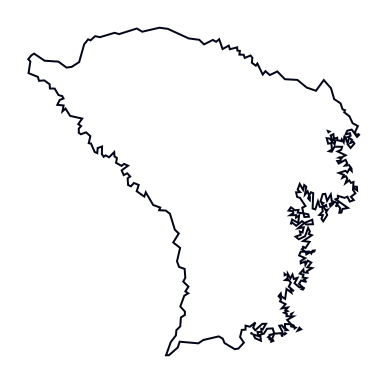 outline of Maracaju, Mato Grosso do Sul, Brazil, rotated 181°
{"feature_id": "56859067B1064226501781", "entity_name": "Maracaju", "entity_type": "district", "adm_level": 2, "iso_a3": "BRA", "parent_name": "Brazil", "parent_adm1": "Mato Grosso do Sul", "projection": "orthographic", "projection_center": [-55.512, -21.462], "detail": "fine", "context": "isolated", "style": "outline", "palette": "ink", "viewbox_px": 384, "rotation_deg": 181, "n_neighbors": 0, "source": "geoboundaries", "source_scale": "gbopen_adm2", "svg_char_len": 5749}
<svg xmlns="http://www.w3.org/2000/svg" viewBox="0 0 384 384"><g transform="rotate(181 192 192)"><path d="M142.8,36.3L137.5,42.3L141.4,47.8L139.8,55.0L136.1,55.3L136.1,59.3L131.7,58.3L126.3,62.7L128.5,57.4L126.4,54.9L119.4,61.4L115.7,61.5L118.9,55.9L120.4,56.4L119.9,53.0L124.1,53.3L123.0,49.1L128.2,50.6L126.3,46.9L120.5,44.5L121.3,50.4L117.6,51.7L114.6,56.6L108.9,57.0L107.3,51.7L100.7,52.4L99.2,48.9L99.2,54.1L102.4,59.8L99.9,60.2L96.5,56.5L96.8,61.6L90.7,61.5L94.6,65.8L88.5,69.4L95.3,69.5L95.0,71.6L97.8,72.9L94.4,74.5L96.6,75.5L94.2,78.2L100.2,77.2L96.5,81.5L102.1,84.2L101.0,86.5L103.6,89.4L101.5,92.1L101.0,89.3L97.0,86.8L95.8,96.7L90.8,93.0L91.5,96.0L88.4,94.7L93.6,99.1L91.6,103.1L95.0,106.9L94.9,112.0L92.1,107.2L90.1,111.2L88.7,106.8L85.1,108.0L87.9,102.6L83.0,98.5L79.8,98.7L83.4,102.0L81.4,105.4L76.0,104.0L78.5,106.3L76.1,107.9L79.9,108.5L79.1,111.1L82.8,112.3L79.3,116.4L78.8,113.6L75.0,113.3L75.6,114.9L70.6,118.0L75.3,118.7L71.5,123.5L75.2,125.4L77.3,121.1L77.8,124.4L82.0,122.6L82.2,124.8L77.7,127.8L83.8,130.4L82.3,134.2L77.4,134.2L81.1,136.7L79.4,138.1L80.7,139.6L77.5,138.0L73.6,144.2L80.0,144.9L71.4,150.9L74.5,152.0L73.5,154.8L75.3,158.1L78.2,149.7L84.4,146.6L87.7,149.2L82.6,151.1L83.4,154.4L80.8,153.4L79.7,158.7L85.2,157.6L79.1,163.0L81.4,164.8L87.2,160.0L91.6,163.4L92.7,161.3L91.4,166.3L85.3,162.9L84.5,170.4L87.5,168.3L87.5,170.7L93.5,170.5L90.3,172.7L90.8,174.6L95.1,175.1L92.8,178.4L88.7,175.5L85.2,175.9L85.9,173.2L80.3,172.7L81.5,178.2L78.3,179.9L83.9,188.0L86.8,188.9L87.9,193.5L84.0,193.8L86.4,196.3L84.4,201.9L81.0,196.1L79.9,200.9L77.9,199.3L79.0,191.4L76.4,194.7L74.8,190.4L73.1,193.8L70.8,193.0L71.1,177.6L68.4,176.8L65.9,184.9L64.0,179.4L61.6,179.2L60.9,175.0L64.2,171.3L60.8,171.2L62.1,167.5L60.3,165.0L56.4,171.3L57.7,174.2L56.0,176.8L58.1,176.2L61.9,182.5L60.6,183.3L63.4,184.6L61.3,192.1L58.7,192.5L56.8,185.6L53.2,192.0L52.1,185.5L46.0,183.4L48.2,180.0L46.0,181.3L43.6,178.6L44.3,173.8L42.3,174.0L41.3,177.6L35.8,178.8L48.3,187.3L45.9,188.1L46.1,190.7L39.4,188.8L36.5,190.0L34.1,185.2L30.1,186.7L33.0,190.0L28.6,193.5L31.1,197.0L30.7,204.8L33.2,203.9L35.0,206.4L38.7,203.5L37.0,208.3L38.5,210.5L41.9,208.8L40.5,211.8L45.5,213.6L38.9,215.9L37.1,214.2L35.0,217.9L32.7,215.8L33.0,218.4L35.4,221.6L39.5,221.0L37.3,223.5L39.0,226.8L45.8,223.0L47.3,225.5L43.9,225.9L44.0,228.7L39.0,231.4L47.2,235.1L43.5,236.8L42.7,239.8L50.3,239.8L53.0,234.7L55.6,235.2L52.8,236.9L53.6,243.5L56.7,242.7L58.3,248.2L55.3,247.8L50.3,242.2L49.5,246.0L52.8,246.6L54.3,251.0L51.6,252.3L51.0,247.8L47.8,248.8L47.5,246.3L43.6,245.5L43.2,247.2L41.2,244.3L40.7,249.9L39.3,249.4L38.3,245.4L36.5,246.8L37.4,242.6L34.2,238.8L30.5,243.2L31.5,244.9L34.5,243.8L32.8,246.9L37.1,249.6L34.4,251.0L35.0,253.5L39.4,252.3L37.8,256.0L33.4,257.2L29.0,251.5L30.0,255.0L27.3,260.8L32.6,263.6L35.9,270.4L41.2,274.4L40.4,276.4L42.9,277.3L45.0,283.2L51.5,287.4L54.8,298.1L62.2,306.2L69.8,295.4L79.1,298.4L88.6,305.9L101.1,306.4L108.8,314.0L116.2,310.3L120.7,314.1L123.3,310.7L128.9,321.6L130.4,319.4L134.4,322.3L134.0,327.2L135.8,329.5L141.6,327.0L142.7,330.1L147.0,330.2L146.6,333.9L149.1,334.2L149.4,337.4L156.6,335.4L157.8,339.0L163.9,335.5L167.5,345.2L170.5,342.6L173.8,344.4L182.5,339.8L187.4,344.3L198.0,345.5L219.0,354.7L227.4,355.7L244.6,351.4L250.0,354.5L267.6,348.6L272.2,349.8L286.7,345.2L291.6,346.1L296.0,341.9L298.5,342.8L302.4,337.8L307.1,319.9L314.5,315.0L319.6,314.2L327.8,320.0L341.7,320.7L352.3,327.6L355.0,325.8L358.1,321.9L355.9,319.8L357.5,308.0L348.1,304.4L346.9,300.5L341.7,301.0L336.2,297.2L335.9,293.0L331.1,293.0L327.2,286.6L323.4,285.6L322.1,283.2L325.8,281.8L328.2,276.8L321.9,276.3L322.9,270.4L319.9,273.2L315.2,266.0L303.1,263.5L306.9,257.9L304.0,256.0L306.3,253.4L306.2,249.2L304.1,247.8L299.0,249.8L294.6,246.1L296.1,239.0L293.8,238.6L290.0,230.3L287.4,229.2L287.1,234.3L282.7,235.9L282.8,228.3L280.9,225.7L279.1,227.1L275.5,225.3L270.5,230.5L270.1,226.2L267.7,224.7L268.4,219.8L262.9,216.9L260.4,218.9L256.4,217.2L262.7,212.4L260.6,207.7L257.1,209.6L254.1,206.4L256.6,204.6L256.0,197.9L253.2,196.6L250.2,200.0L245.4,198.1L247.3,191.8L239.6,186.6L238.2,190.9L230.6,178.3L223.5,175.9L224.5,173.2L218.0,173.0L213.7,169.9L208.5,154.0L204.5,150.3L209.9,141.2L202.9,135.9L205.8,122.5L203.6,116.8L198.0,115.0L197.2,106.1L199.2,102.3L193.9,97.3L196.9,92.5L194.0,90.6L197.9,88.2L201.7,77.3L197.0,72.3L197.0,68.9L200.9,66.4L201.4,57.4L205.2,53.6L205.6,48.3L210.6,41.6L215.1,28.3L212.2,28.4L203.5,36.3L201.7,42.1L183.0,40.8L178.2,44.2L162.7,48.1L158.7,45.9L156.8,41.5L146.5,35.6L142.8,36.3ZM56.6,254.1L57.1,255.3L55.6,254.8L56.6,254.1ZM96.3,106.4L95.7,105.5L97.3,105.6L96.3,106.4ZM98.0,111.8L96.9,110.9L97.9,110.4L98.0,111.8ZM44.0,228.7L45.7,228.9L44.7,229.4L44.0,228.7ZM107.3,51.7L112.8,50.3L111.2,50.0L113.3,48.2L110.9,47.1L112.7,45.9L110.3,46.2L110.2,43.7L108.1,44.6L109.3,46.7L107.3,51.7ZM79.1,163.0L77.3,161.5L70.5,161.9L71.3,166.4L79.1,163.0ZM80.3,172.7L79.2,169.0L74.7,169.3L75.3,171.7L80.3,172.7ZM30.4,200.3L29.9,198.5L26.9,196.5L27.2,200.1L30.4,200.3ZM77.4,134.2L76.6,131.6L72.6,134.0L73.9,134.5L77.4,134.2ZM49.9,184.3L54.0,182.5L53.4,180.0L50.5,182.8L49.9,184.3ZM90.7,61.5L90.5,59.3L87.4,58.8L87.9,60.2L90.7,61.5ZM29.0,251.5L28.0,250.0L25.9,252.1L26.6,252.8L29.0,251.5ZM82.2,58.2L83.9,55.2L80.5,56.6L82.2,58.2ZM74.8,190.4L75.8,187.6L74.1,185.9L74.0,189.1L74.8,190.4ZM77.9,98.6L80.5,96.7L79.3,96.4L77.9,98.6ZM96.6,52.7L97.9,50.6L95.7,52.1L96.6,52.7ZM70.9,134.0L68.6,134.7L68.4,135.7L70.5,135.4L70.9,134.0ZM95.6,57.0L96.1,55.6L94.2,55.7L95.6,57.0ZM72.6,134.0L71.6,132.6L70.9,134.0L72.6,134.0ZM59.1,180.5L57.4,180.0L57.7,181.3L59.1,180.5ZM130.2,51.5L129.3,51.2L130.6,52.6L130.2,51.5ZM87.4,58.8L87.0,57.4L85.9,58.2L87.4,58.8ZM91.0,70.7L89.9,72.3L90.8,71.9L91.0,70.7Z" fill="none" stroke="#020617" stroke-width="2"/></g></svg>